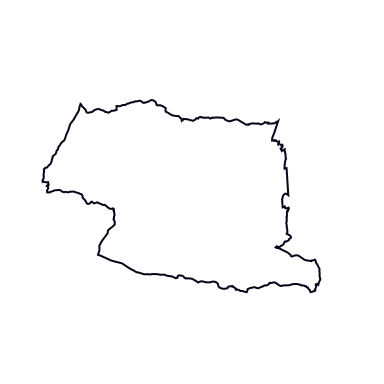 Cosesti, Arges, Romania (Robinson projection), rotated 287°
{"feature_id": "2599482B79346869383870", "entity_name": "Cosesti", "entity_type": "district", "adm_level": 2, "iso_a3": "ROU", "parent_name": "Romania", "parent_adm1": "Arges", "projection": "robinson", "projection_center": [24.865, 45.071], "detail": "fine", "context": "isolated", "style": "outline", "palette": "ink", "viewbox_px": 384, "rotation_deg": 287, "n_neighbors": 0, "source": "geoboundaries", "source_scale": "gbopen_adm2", "svg_char_len": 6039}
<svg xmlns="http://www.w3.org/2000/svg" viewBox="0 0 384 384"><g transform="rotate(287 192 192)"><path d="M155.6,336.5L158.9,333.4L160.7,331.3L162.6,330.1L163.2,329.3L162.6,328.9L162.2,327.7L161.8,327.4L161.6,326.6L160.8,326.4L160.6,324.7L160.1,321.5L160.1,319.3L162.3,312.4L161.9,309.9L159.5,306.2L159.7,305.4L160.7,304.6L162.1,301.0L163.6,291.7L163.3,288.7L163.5,288.1L164.9,289.0L164.6,290.1L164.7,291.3L165.0,291.7L167.2,293.6L167.5,294.0L169.1,294.9L171.7,295.2L172.2,296.1L172.1,296.6L173.4,297.9L174.2,298.6L175.6,298.7L176.9,299.9L177.6,300.0L178.6,299.1L179.1,298.2L179.7,294.8L180.7,295.1L181.6,294.7L182.5,294.6L184.1,294.0L186.5,292.6L187.1,292.7L190.4,291.0L191.4,291.2L192.2,291.1L195.7,289.7L195.9,290.0L197.1,289.7L199.9,288.8L200.4,288.9L200.8,288.7L201.2,289.0L201.4,288.7L201.8,289.0L202.2,288.8L202.6,289.1L202.9,289.5L204.4,289.4L204.4,288.7L205.0,288.7L204.0,287.3L203.8,286.7L204.4,286.0L204.2,285.4L205.2,284.8L204.5,284.2L203.8,283.2L211.1,280.4L215.0,280.2L216.2,280.5L217.7,281.7L217.9,282.7L217.1,285.0L242.4,275.5L242.2,275.0L242.3,274.9L241.4,273.7L243.4,273.0L247.4,272.3L249.6,272.0L251.5,272.2L252.2,271.5L255.7,270.3L256.5,269.6L257.6,269.3L258.4,268.4L259.9,268.1L258.9,267.0L257.5,266.0L259.3,264.1L261.1,265.2L261.7,264.6L262.7,265.3L263.3,264.7L262.8,264.5L262.8,263.7L263.2,262.8L263.5,261.1L264.3,260.8L262.7,260.5L262.8,260.4L263.6,260.2L265.4,260.5L265.2,256.1L265.8,256.2L265.5,255.4L264.9,255.2L265.0,254.6L264.6,253.5L267.6,252.9L273.1,253.4L284.9,253.6L284.4,253.3L283.7,252.2L282.7,251.6L281.7,250.6L279.6,245.0L280.7,244.7L279.9,242.7L280.2,241.4L278.8,240.6L276.9,238.4L276.7,237.1L277.0,235.2L276.2,234.0L276.0,232.6L275.3,229.9L274.4,227.9L273.0,226.5L273.4,226.4L272.2,224.1L274.5,214.6L274.3,212.8L270.7,207.5L270.4,206.1L270.8,202.7L272.1,200.7L272.0,199.9L271.0,195.5L269.8,191.8L269.4,191.5L269.5,191.0L268.9,189.9L269.0,189.4L267.9,188.6L267.6,188.0L267.6,187.3L268.0,186.5L268.0,185.9L266.3,181.3L266.5,180.1L266.0,178.6L266.2,177.9L265.4,177.0L263.9,176.3L264.0,174.8L262.0,173.8L260.4,172.2L260.2,166.1L259.6,163.7L259.5,162.5L258.5,162.4L257.0,161.4L258.9,160.4L259.5,159.4L259.9,158.2L260.6,157.2L260.6,156.5L260.1,155.0L259.8,153.2L259.6,150.3L261.0,144.7L261.1,143.5L262.5,142.6L263.4,142.6L264.6,142.3L265.1,139.8L265.7,138.6L265.5,137.8L265.7,136.1L265.1,134.5L264.9,134.4L264.7,133.1L264.8,132.8L266.9,131.4L267.8,130.2L268.3,128.0L268.2,126.4L267.1,125.1L265.7,123.9L264.8,122.7L263.9,120.9L263.6,120.9L263.0,119.4L264.0,116.5L264.0,115.2L262.4,112.5L262.2,111.5L261.7,110.6L260.9,109.9L259.2,106.6L258.0,105.4L257.6,104.2L256.4,103.5L255.7,102.6L255.0,100.5L253.1,98.2L252.8,97.4L252.5,95.7L251.9,94.6L250.7,95.3L249.7,95.4L248.6,95.9L247.4,94.4L246.0,91.2L244.8,90.3L243.5,89.1L243.3,87.9L243.5,87.0L243.2,85.7L243.8,84.0L244.0,82.9L243.8,81.4L244.2,79.2L243.4,76.8L242.0,74.9L239.3,73.0L237.6,69.9L237.2,68.7L237.6,67.7L239.6,66.0L242.1,61.4L243.1,60.6L243.6,59.6L240.3,59.6L237.3,59.9L235.5,59.8L232.1,58.8L227.1,57.8L221.4,55.7L214.5,55.6L210.1,55.0L204.4,54.9L200.7,52.6L198.1,52.0L195.9,51.1L193.5,51.4L192.4,50.5L188.7,50.5L185.6,48.5L184.9,48.4L184.0,48.7L182.8,48.5L179.5,48.8L177.4,48.4L175.7,47.3L172.9,46.1L172.6,45.7L172.3,44.6L171.3,44.4L170.6,43.7L170.1,43.7L168.6,44.5L164.9,45.0L163.7,45.8L163.1,45.7L161.6,46.1L159.3,45.7L157.9,46.3L158.5,47.1L158.6,49.8L159.4,51.5L157.1,52.7L156.9,52.3L156.1,52.5L155.7,51.5L155.2,51.4L155.1,52.4L154.2,53.2L153.3,53.4L150.8,52.9L149.3,53.7L149.7,54.4L149.7,55.7L150.9,56.7L151.3,57.6L153.4,60.2L153.9,61.1L154.2,62.3L155.0,63.8L155.2,64.9L155.0,66.2L154.4,67.7L154.4,69.8L155.1,70.8L155.4,73.4L156.9,76.0L157.9,79.1L157.7,80.3L157.8,84.5L157.4,85.6L157.6,86.6L156.9,88.0L156.1,88.6L155.1,88.8L154.5,89.2L153.2,91.7L150.7,94.4L150.1,95.4L150.5,96.8L151.6,97.9L153.1,98.4L153.5,99.0L152.5,101.2L152.6,101.8L153.3,103.0L154.4,104.3L153.9,107.6L154.0,108.6L153.6,109.7L153.7,111.1L154.2,112.4L152.2,117.2L152.1,118.6L152.5,120.5L153.3,121.3L152.9,122.2L151.3,122.4L151.3,122.9L149.4,123.5L148.8,124.1L147.5,124.7L145.7,124.6L144.9,124.9L144.1,124.8L143.6,125.2L142.9,125.0L141.2,126.7L138.3,127.6L136.3,126.6L131.3,123.1L129.9,123.0L127.9,123.4L118.6,120.1L114.8,119.3L113.2,119.2L110.0,120.3L108.4,120.6L104.5,120.4L104.4,123.1L102.8,135.2L103.3,145.9L100.6,155.1L99.9,159.0L99.3,161.3L99.1,162.9L99.4,164.9L99.3,167.6L99.4,168.4L99.3,169.4L99.6,171.4L100.1,172.7L100.5,173.4L100.5,174.4L100.8,175.2L101.0,176.4L101.5,177.2L102.5,179.6L102.8,181.2L103.3,182.8L103.5,184.5L103.5,185.5L104.9,189.9L104.6,192.1L105.4,197.8L104.8,201.8L105.7,203.1L106.1,203.2L107.0,202.9L107.7,203.0L108.7,204.4L108.6,205.2L109.0,206.2L109.0,207.3L108.9,207.9L107.7,210.1L107.4,211.1L107.9,211.6L108.1,212.2L108.0,213.2L108.4,213.9L109.0,216.9L108.9,218.3L107.3,224.5L108.3,225.3L109.5,227.3L109.8,232.0L110.9,235.8L112.1,237.4L112.8,239.2L112.8,241.2L111.9,243.5L109.4,245.0L108.8,245.9L108.5,247.5L108.5,249.6L108.8,251.1L110.3,254.0L111.3,254.1L112.6,255.0L113.1,256.8L113.9,257.8L113.9,258.4L113.3,258.6L113.0,260.9L112.3,261.6L112.3,262.2L111.4,262.6L111.5,263.2L112.0,263.4L111.9,264.1L112.1,265.1L111.5,267.1L111.8,267.7L112.1,269.8L112.0,272.0L112.3,273.7L115.5,273.7L115.9,274.4L116.7,275.0L118.8,278.6L119.3,280.1L119.1,282.3L119.5,283.8L120.4,284.6L122.0,286.9L123.9,288.6L124.1,289.6L124.7,291.0L126.4,292.5L127.7,292.7L128.4,294.9L129.2,296.0L129.3,296.7L129.7,297.5L129.7,298.7L128.9,300.2L128.9,301.3L128.3,302.2L128.1,304.0L128.6,305.7L129.2,306.3L129.6,307.3L131.0,311.6L131.7,313.0L132.8,314.4L133.5,315.7L134.7,319.2L134.8,320.1L134.7,320.9L135.0,321.9L134.9,322.4L135.0,323.0L134.7,323.4L134.8,324.1L134.7,324.5L134.7,324.9L135.1,325.3L135.3,326.7L134.7,328.8L135.1,329.0L134.5,329.7L134.2,330.3L134.4,330.9L133.3,332.0L132.7,333.3L132.2,333.5L130.9,334.7L132.1,336.7L133.7,338.8L134.5,338.4L134.3,338.0L137.1,338.5L136.9,338.7L139.3,337.5L139.6,337.5L139.4,338.1L140.5,338.3L139.9,339.9L142.8,339.8L145.8,340.3L149.1,338.5L151.5,337.9L154.4,336.7L155.6,336.5Z" fill="none" stroke="#020617" stroke-width="2"/></g></svg>